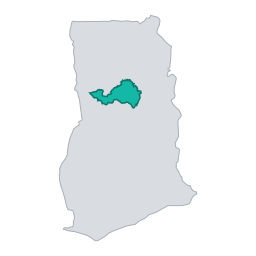 Central Gonja, Northern, Ghana shown in context
{"feature_id": "2480657B60919857809422", "entity_name": "Central Gonja", "entity_type": "district", "adm_level": 2, "iso_a3": "GHA", "parent_name": "Ghana", "parent_adm1": "Northern", "projection": "robinson", "projection_center": [-1.24, 8.941], "detail": "fine", "context": "in_parent", "style": "filled", "palette": "teal", "viewbox_px": 256, "rotation_deg": 0, "n_neighbors": 0, "source": "geoboundaries", "source_scale": "gbopen_adm2", "svg_char_len": 6946}
<svg xmlns="http://www.w3.org/2000/svg" viewBox="0 0 256 256"><path d="M157.6,17.2L159.6,19.3L160.0,20.5L159.3,25.1L157.9,28.2L157.0,31.2L157.1,32.7L158.0,34.2L161.0,36.6L162.5,38.1L164.3,40.4L166.4,42.7L170.0,45.6L171.5,46.1L171.5,47.0L171.0,48.1L170.7,59.0L170.4,61.9L170.1,63.3L169.8,67.4L169.4,68.0L168.7,67.9L168.1,68.1L168.0,68.9L168.2,69.7L170.4,70.3L169.9,70.9L168.3,71.5L167.6,72.7L167.9,74.1L167.0,75.3L167.3,76.0L167.8,76.6L168.7,76.4L171.3,74.5L172.3,74.3L173.6,74.7L176.1,77.6L176.2,79.0L175.2,83.8L174.2,87.5L174.1,92.5L175.1,95.3L174.9,96.8L173.8,98.1L171.3,100.0L171.5,101.4L172.7,103.8L174.8,106.5L178.9,109.9L181.1,114.3L181.1,116.1L179.9,117.8L178.4,119.4L177.9,121.6L178.6,136.3L175.3,142.7L175.3,144.5L175.6,146.6L176.5,147.9L178.2,148.3L179.5,149.5L179.0,154.0L178.3,158.5L178.2,160.7L177.8,161.8L176.5,162.6L176.1,164.1L176.4,165.9L176.1,167.2L176.8,168.9L178.3,171.0L180.7,176.3L181.6,176.7L182.0,177.8L181.8,178.9L182.7,181.2L185.4,183.5L188.2,185.6L190.4,185.8L190.9,187.7L192.4,190.0L193.5,191.0L195.2,191.7L196.6,192.0L196.7,194.0L194.2,195.3L192.4,197.3L191.1,200.4L189.3,203.8L183.1,205.5L180.7,205.6L167.9,205.6L156.0,212.3L149.1,214.7L144.8,218.4L139.1,221.1L135.1,224.3L126.9,225.9L113.3,230.9L109.1,233.0L104.8,236.5L97.8,240.6L95.0,240.6L89.6,236.7L85.5,234.8L75.4,231.8L67.9,230.7L64.3,229.4L63.3,229.2L64.1,227.8L66.2,227.7L68.4,228.1L70.1,227.0L72.5,226.9L73.2,225.8L73.4,223.0L73.4,220.7L74.2,219.7L74.4,217.1L73.2,211.2L72.4,210.5L68.0,209.7L67.7,208.5L66.9,207.3L66.1,204.2L65.1,199.7L63.6,194.1L60.6,184.9L59.9,181.6L59.4,178.3L59.3,174.3L59.9,172.8L59.8,170.8L59.6,168.7L61.6,164.0L65.7,158.3L66.6,156.2L67.3,154.7L67.4,152.7L68.2,145.9L70.1,137.8L71.3,134.8L72.2,133.1L73.2,130.4L73.4,129.2L77.2,126.0L78.9,125.1L79.3,123.9L78.7,122.5L78.9,121.6L79.8,121.1L81.2,120.7L82.2,119.4L80.7,109.4L79.4,99.4L79.3,98.6L78.6,97.2L77.8,93.1L76.6,90.7L74.8,90.0L74.8,87.7L76.6,83.9L77.0,81.6L76.2,81.0L76.1,79.2L76.7,76.4L76.4,74.7L76.1,72.8L74.2,68.4L73.8,65.3L74.7,63.5L74.7,59.6L73.7,53.5L73.5,49.6L74.2,48.0L73.9,46.5L72.6,45.0L72.5,43.6L73.6,42.3L73.5,41.2L72.0,40.4L70.8,38.5L69.7,35.6L69.9,30.8L72.0,22.0L72.3,21.3L74.7,21.3L74.7,21.7L82.2,21.6L90.8,21.5L101.0,21.4L110.3,21.3L110.7,20.9L112.3,20.4L121.7,21.3L127.5,20.9L130.0,21.2L131.8,21.8L135.9,21.4L138.1,21.6L139.7,23.8L140.4,23.8L141.3,22.9L142.9,21.8L144.5,21.0L145.7,19.3L146.4,18.0L147.5,18.2L149.1,18.1L150.1,17.0L150.5,15.4L157.6,17.2Z" fill="#d9dde1" stroke="#a8b0b8" stroke-width="1"/><path d="M96.9,91.1L96.7,91.3L96.5,91.7L96.1,91.5L95.7,91.6L95.7,91.8L95.4,91.9L95.2,91.9L94.7,91.7L94.5,91.8L94.0,92.1L93.9,92.0L93.5,92.1L93.1,92.0L92.7,92.1L92.5,92.3L92.1,92.5L91.5,92.7L91.1,92.9L90.7,92.8L90.1,93.1L89.9,93.1L90.1,93.3L90.5,93.9L90.8,94.3L91.1,94.5L91.4,94.6L92.0,95.2L92.3,95.4L92.6,96.0L93.4,96.5L93.4,97.2L93.9,97.6L94.2,97.5L94.4,97.6L94.6,97.9L95.5,97.7L96.1,97.8L96.5,97.7L96.6,97.8L97.4,98.2L97.4,98.3L97.6,98.7L97.5,98.9L97.6,99.1L97.6,99.4L97.7,99.6L97.7,99.8L97.8,99.7L98.0,100.1L98.1,100.3L98.3,100.3L98.4,100.2L98.4,100.3L98.5,100.2L98.6,100.3L98.8,100.2L98.9,100.5L98.9,100.4L99.0,100.5L99.3,100.5L99.6,100.6L99.9,100.5L100.0,100.6L100.3,100.6L100.7,100.6L100.8,100.6L101.1,100.8L101.2,101.0L101.5,101.3L101.6,101.5L101.8,101.8L101.7,101.9L101.9,102.1L101.8,102.3L102.1,102.8L102.1,103.6L102.3,103.8L102.8,103.5L103.7,103.5L104.4,103.8L105.5,104.6L106.2,104.7L107.4,104.1L107.7,103.7L107.7,103.1L107.8,102.7L108.5,102.3L108.8,102.4L109.4,102.8L109.9,102.9L111.1,102.9L111.7,103.0L112.4,102.8L113.0,102.4L113.2,101.7L113.4,100.8L113.9,100.0L114.2,99.8L114.9,99.8L115.8,99.6L116.3,99.5L117.2,99.8L117.8,100.1L118.3,100.6L118.7,100.8L119.3,101.4L119.9,101.4L120.7,102.5L122.3,103.3L122.7,103.2L123.1,102.9L125.0,102.9L125.3,102.8L125.7,102.4L126.0,102.4L126.5,102.1L127.2,102.1L127.9,102.3L128.4,102.7L128.9,103.2L129.4,103.6L130.4,103.8L130.7,104.0L131.1,104.6L131.8,106.0L132.7,107.6L133.2,107.9L134.1,107.7L134.5,107.2L134.8,106.4L135.1,105.9L135.5,105.6L135.9,104.8L136.0,105.2L136.4,105.6L136.7,105.6L136.8,105.4L136.9,105.0L136.7,104.7L136.8,104.5L137.1,104.2L137.3,103.5L137.6,103.4L137.8,102.6L138.0,102.4L138.2,102.2L138.1,101.6L138.2,101.3L138.4,101.0L138.6,100.8L138.8,100.1L139.2,99.7L140.0,98.0L139.8,97.0L139.8,96.7L139.9,96.4L139.8,95.9L139.8,95.6L139.7,95.5L139.6,95.3L139.5,95.2L139.3,94.8L139.2,94.6L139.0,94.3L139.3,94.1L139.9,93.9L140.1,93.8L140.1,93.6L140.2,93.4L140.3,93.5L140.5,93.4L140.5,93.5L141.1,93.1L141.1,92.6L141.0,92.4L140.9,91.6L140.7,91.2L139.5,91.0L139.3,91.1L139.1,91.0L138.9,91.0L138.7,90.8L138.4,91.0L138.2,91.1L137.9,91.3L137.5,91.5L137.4,91.7L137.4,91.3L137.5,91.1L137.5,90.9L137.5,90.6L137.4,90.2L137.5,90.1L137.4,90.0L137.5,89.9L137.4,89.6L137.2,89.5L137.2,89.4L137.3,89.1L137.4,88.9L137.5,88.6L137.4,88.5L137.2,88.2L137.1,88.3L137.0,88.2L136.9,87.8L137.0,87.5L136.9,87.3L137.0,87.2L136.9,87.1L136.7,87.0L136.5,86.9L136.3,86.9L136.3,86.5L136.0,86.3L135.9,86.2L135.9,86.3L135.8,86.2L135.7,86.1L135.1,86.0L134.9,86.2L134.6,86.2L134.3,86.1L133.9,86.3L133.8,86.5L133.7,86.2L133.7,85.4L133.8,85.1L133.7,84.9L133.3,84.8L133.5,84.7L133.6,84.3L133.8,84.1L133.9,83.9L133.7,83.9L133.4,83.8L133.2,83.8L133.3,83.7L132.9,83.7L132.7,83.6L132.6,83.3L132.6,83.1L132.5,82.8L132.4,82.7L132.2,82.5L132.1,82.3L131.9,82.2L131.8,81.9L131.6,81.8L131.5,81.7L131.2,81.8L130.9,81.6L130.9,81.2L130.4,81.1L130.1,80.9L130.0,79.8L129.6,79.7L129.2,80.0L128.6,80.4L128.2,80.6L128.2,80.4L128.4,80.0L128.2,79.9L127.9,79.6L127.6,79.5L127.3,79.6L127.1,79.8L127.1,80.0L126.9,80.0L126.5,80.1L126.4,80.3L126.3,80.2L126.3,80.3L126.1,80.4L125.9,80.5L125.6,80.7L125.1,80.4L124.9,80.4L124.7,80.3L124.8,80.4L124.7,80.3L124.4,80.4L124.2,80.4L123.7,80.4L123.2,80.7L122.9,80.8L122.8,80.7L122.8,80.9L122.7,80.9L122.6,80.7L122.5,80.8L122.3,80.9L122.3,81.1L121.8,81.2L121.7,81.4L121.3,81.6L121.3,81.8L121.0,82.0L121.4,82.2L121.5,82.3L121.4,83.0L121.5,83.5L121.5,84.1L121.3,84.3L121.0,85.0L120.9,85.1L120.8,84.8L120.7,85.1L120.2,85.1L120.0,85.4L119.5,85.7L119.3,85.9L119.0,86.1L118.7,86.1L118.5,85.9L118.2,85.9L117.7,85.7L117.1,86.4L117.3,87.0L117.1,87.0L116.9,87.1L116.6,87.1L116.4,87.0L116.0,87.2L115.9,87.5L115.6,87.6L115.2,87.6L114.8,87.6L114.6,87.7L114.1,87.9L113.9,88.3L113.6,88.6L113.5,88.8L113.1,89.1L112.9,89.5L111.8,90.2L111.7,90.6L111.4,91.1L111.4,91.3L110.7,91.8L110.6,92.0L110.9,92.1L111.4,93.3L111.1,93.5L111.0,93.9L110.6,94.1L110.2,94.1L110.0,94.4L109.4,94.6L109.3,94.4L108.9,94.5L108.6,94.4L108.4,94.4L108.2,94.6L107.9,94.9L107.4,95.3L107.2,96.1L107.2,96.7L102.3,95.8L102.4,95.0L102.2,94.0L102.2,93.3L102.5,93.0L102.5,92.8L102.4,92.8L102.3,92.7L102.6,92.3L102.8,91.7L103.1,91.3L103.0,91.1L103.0,90.9L102.8,90.6L102.8,90.4L102.7,90.4L102.4,90.2L102.3,90.3L101.6,89.8L101.4,89.9L100.9,89.8L100.7,90.1L100.1,90.1L100.1,89.9L99.9,89.9L99.7,89.7L99.6,89.9L99.4,89.9L98.9,89.9L98.7,89.8L98.6,90.1L98.4,90.1L98.1,90.0L97.6,90.1L97.4,90.5L97.2,90.5L96.9,90.8L96.9,91.1Z" fill="#14b8a6" stroke="#0f766e" stroke-width="1.5"/></svg>